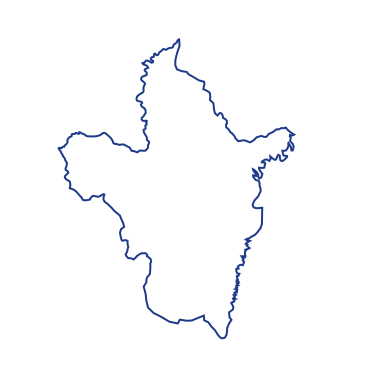 Dinguiraye, Dinguiraye, Guinea, rotated 315°
{"feature_id": "49546643B8348239056405", "entity_name": "Dinguiraye", "entity_type": "district", "adm_level": 2, "iso_a3": "GIN", "parent_name": "Guinea", "parent_adm1": "Dinguiraye", "projection": "robinson", "projection_center": [-10.609, 11.571], "detail": "fine", "context": "isolated", "style": "outline", "palette": "blue", "viewbox_px": 384, "rotation_deg": 315, "n_neighbors": 0, "source": "geoboundaries", "source_scale": "gbopen_adm2", "svg_char_len": 5999}
<svg xmlns="http://www.w3.org/2000/svg" viewBox="0 0 384 384"><g transform="rotate(315 192 192)"><path d="M183.6,276.4L183.5,274.2L184.4,275.0L186.5,272.3L187.2,271.7L188.8,271.5L188.8,270.6L189.8,270.9L190.9,271.7L193.0,272.3L192.8,268.6L194.0,268.4L193.3,266.7L195.1,266.5L196.3,267.0L198.3,267.5L197.0,265.2L196.4,263.7L197.5,263.9L199.6,265.2L202.3,265.6L205.7,266.7L209.3,266.8L213.3,266.2L214.6,266.1L218.8,264.1L230.5,252.8L226.9,249.8L226.3,249.2L224.9,247.0L225.0,245.3L226.3,243.6L230.1,242.2L236.0,241.8L241.2,239.9L242.7,238.3L244.5,235.0L246.0,233.6L247.2,231.1L246.4,230.0L245.6,228.5L246.0,224.6L247.0,223.4L248.7,226.0L249.8,224.8L250.1,222.6L250.5,220.4L251.2,219.1L251.6,220.3L251.8,224.0L250.9,226.8L249.4,228.5L249.2,230.1L251.3,230.7L254.7,228.9L254.6,227.6L255.3,224.4L255.8,222.9L256.6,222.2L259.1,225.1L260.4,225.9L262.3,224.5L263.7,223.9L264.3,222.7L262.4,220.4L263.5,220.0L265.1,220.5L266.1,220.5L268.0,221.9L268.7,224.8L271.2,224.0L272.5,222.2L272.8,225.7L273.4,228.0L274.7,228.4L276.7,227.4L279.3,226.7L279.8,228.3L277.9,230.4L276.9,232.4L277.7,234.0L279.8,234.5L282.2,234.5L284.1,234.5L284.6,233.8L282.6,231.0L283.3,229.4L285.1,226.7L286.0,227.9L288.1,229.1L291.1,228.4L293.3,227.2L294.1,225.9L294.8,225.6L294.7,226.5L294.1,228.2L293.9,229.9L291.7,232.9L292.4,233.8L293.6,233.3L295.9,231.9L297.1,229.7L297.3,227.4L297.3,225.5L298.5,224.6L300.3,223.4L300.4,222.7L300.6,221.7L301.6,221.0L302.2,222.3L303.2,223.1L303.8,223.4L304.8,223.6L304.5,222.8L303.7,217.9L303.7,216.6L303.6,216.0L303.6,214.7L303.9,212.8L302.0,211.8L300.3,209.9L297.3,209.0L296.2,207.4L292.1,206.9L291.0,206.6L288.7,205.7L286.9,205.2L285.0,205.6L283.5,205.5L281.9,203.9L280.7,201.4L276.4,199.0L272.8,199.1L269.5,198.4L268.0,197.8L266.1,193.4L265.0,191.9L263.7,190.9L261.2,189.3L260.6,188.6L260.7,187.7L260.6,185.2L261.5,182.6L261.8,178.8L261.4,176.3L262.0,174.8L262.2,172.6L261.9,170.7L262.7,169.4L264.3,168.1L265.1,168.3L266.9,166.4L267.2,164.1L266.3,161.6L267.8,159.6L268.4,157.2L267.5,155.8L264.1,155.9L263.9,152.7L265.5,149.8L269.8,144.5L269.9,142.1L269.7,139.7L272.0,137.9L274.7,134.5L274.4,131.9L272.8,127.2L277.1,124.5L278.5,122.4L277.3,120.6L275.8,117.8L274.2,111.3L272.7,106.0L273.2,103.5L270.0,98.9L268.1,94.6L269.8,90.6L273.1,87.3L277.4,84.5L281.5,82.3L286.5,79.9L290.8,75.0L290.1,74.6L288.7,74.7L287.3,75.3L286.4,75.4L283.2,74.9L281.3,75.9L280.3,76.0L277.1,73.8L274.4,73.2L273.9,72.7L273.2,70.9L272.5,70.6L269.3,70.5L267.6,70.2L265.2,71.0L264.3,70.8L263.9,70.4L263.6,69.5L263.8,68.1L263.5,67.8L262.6,67.8L260.3,69.4L258.7,68.2L257.6,68.3L256.9,68.9L256.6,69.9L257.2,71.7L256.6,72.4L255.8,72.5L254.9,72.1L253.9,68.5L253.1,67.1L252.6,66.7L251.3,66.6L250.1,67.0L248.5,65.9L248.1,65.8L247.8,66.8L248.0,67.7L249.3,70.3L249.3,71.8L248.8,73.2L246.0,72.1L244.9,72.2L244.4,72.7L244.5,75.4L244.0,76.1L242.7,76.7L242.7,77.0L241.0,76.6L238.5,75.3L237.1,75.4L236.0,76.0L235.4,77.1L235.7,81.3L235.5,82.1L232.1,83.6L231.1,84.2L229.5,86.1L228.3,86.8L226.4,86.6L224.8,86.0L221.8,85.6L220.4,85.8L219.1,86.5L218.1,87.5L217.8,88.8L218.4,89.9L219.7,91.8L220.0,93.1L219.7,93.8L217.7,94.1L217.3,94.6L216.9,96.0L217.5,98.5L217.3,99.1L217.5,99.6L217.0,101.3L215.4,103.2L211.0,104.2L208.9,104.0L207.7,105.0L207.5,106.6L208.7,108.2L210.1,109.2L210.3,109.7L210.0,110.1L208.6,110.5L207.9,112.0L207.1,112.3L205.9,112.1L204.1,114.3L203.1,114.3L201.8,113.8L200.5,115.2L199.7,117.4L198.9,120.9L198.3,121.9L197.2,122.9L197.0,124.0L197.2,126.0L196.8,126.6L195.3,127.4L193.9,127.8L193.4,128.5L191.8,129.7L188.7,129.9L187.6,129.3L184.2,125.6L181.8,125.4L181.1,124.8L179.9,122.0L178.4,120.1L179.4,116.4L178.6,114.3L177.5,110.5L176.7,109.4L173.9,107.2L172.5,104.5L171.5,103.5L171.0,102.0L171.2,101.3L172.0,100.0L172.7,96.6L172.8,95.0L172.3,89.0L171.8,88.2L170.8,87.4L167.6,86.9L165.3,85.9L162.5,83.9L158.3,79.6L157.2,78.2L156.8,76.9L156.6,74.8L155.6,73.1L154.9,70.3L154.6,70.0L153.4,70.9L152.8,70.5L151.9,68.3L151.5,68.0L150.2,68.0L148.4,66.4L147.7,66.2L146.5,67.3L145.9,67.4L144.3,66.6L141.9,66.7L140.7,67.2L138.8,69.0L137.7,69.3L135.1,69.2L133.7,69.6L133.0,68.8L132.4,68.6L130.7,68.7L129.7,67.2L128.8,66.7L128.2,67.4L127.9,70.4L127.0,72.3L127.0,73.6L126.1,75.5L125.9,78.0L125.0,79.5L124.0,83.2L122.4,84.4L120.7,85.4L119.5,85.8L118.7,86.4L118.3,87.3L118.8,89.6L118.4,90.6L117.9,91.0L113.6,90.9L112.8,91.3L112.3,92.0L112.0,94.1L113.0,97.8L112.2,99.5L110.6,101.3L108.2,103.0L109.1,104.5L110.1,107.2L110.5,110.8L110.2,113.3L110.0,117.8L109.3,120.5L110.6,122.4L112.2,123.7L114.6,125.2L115.5,124.7L117.3,124.5L119.3,124.7L122.4,129.2L124.7,130.0L127.4,130.6L128.2,131.8L126.2,132.9L124.2,134.5L123.3,137.1L123.9,140.7L124.0,145.7L123.7,150.7L124.4,157.5L122.8,161.3L121.1,165.8L119.3,168.7L115.7,168.1L112.4,169.7L110.0,173.2L108.4,175.9L108.3,177.3L110.9,178.9L111.9,180.9L111.0,181.8L109.2,183.8L108.2,185.7L106.5,186.6L103.8,188.4L100.9,189.2L100.2,191.4L100.2,193.7L102.0,195.7L103.1,198.5L106.6,198.5L107.8,198.4L110.6,198.8L113.2,199.8L114.7,201.3L115.8,202.3L116.0,204.7L114.8,205.4L115.4,209.8L114.1,212.2L112.1,213.0L109.2,215.9L107.3,217.6L104.1,220.3L100.4,220.5L98.4,221.3L95.7,223.7L91.0,224.7L87.2,231.2L82.5,237.1L79.2,242.6L79.3,250.5L81.9,258.3L84.3,267.7L89.0,274.9L93.2,273.7L97.1,279.2L101.0,282.7L106.8,285.1L111.1,287.0L113.0,287.7L109.9,291.4L111.4,295.7L110.6,300.4L110.5,306.1L109.2,311.9L109.1,315.0L109.9,316.9L112.1,318.2L115.2,317.5L118.5,315.1L120.7,313.0L125.3,311.2L129.5,310.3L129.9,307.2L132.6,303.8L133.2,303.3L138.0,304.0L140.0,302.4L141.4,298.1L144.2,299.2L145.1,299.0L145.4,297.1L147.1,298.2L146.5,296.3L148.3,296.3L148.5,294.4L150.4,295.7L150.6,293.3L151.7,293.4L152.8,294.7L154.2,293.5L153.8,291.4L155.4,292.4L155.7,290.7L156.7,291.1L157.2,289.5L158.8,290.7L159.2,288.5L160.4,289.1L160.1,287.5L161.3,288.1L161.3,286.1L162.4,286.6L163.3,284.4L164.0,283.3L165.5,284.1L167.7,283.3L166.4,281.5L167.4,279.4L168.9,277.7L170.8,279.1L171.2,277.8L171.8,277.1L174.6,277.5L176.2,279.7L179.4,278.3L179.5,276.2L180.7,276.1L181.5,272.8L183.6,276.4Z" fill="none" stroke="#1e3a8a" stroke-width="2"/></g></svg>